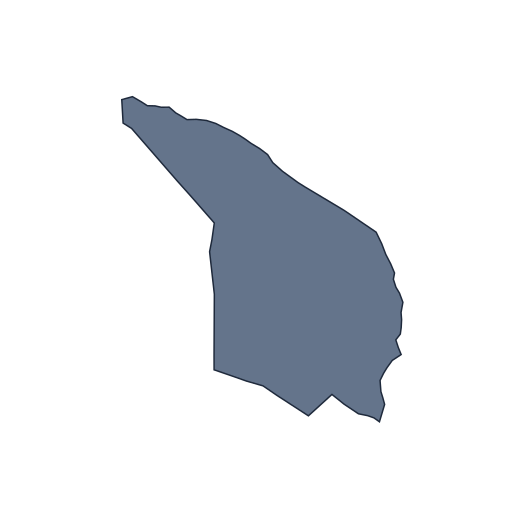 the district of Governador Mangabeira, Bahia, Brazil, rotated 49°
{"feature_id": "56859067B50900634198683", "entity_name": "Governador Mangabeira", "entity_type": "district", "adm_level": 2, "iso_a3": "BRA", "parent_name": "Brazil", "parent_adm1": "Bahia", "projection": "orthographic", "projection_center": [-39.08, -12.588], "detail": "fine", "context": "isolated", "style": "filled", "palette": "slate", "viewbox_px": 512, "rotation_deg": 49, "n_neighbors": 0, "source": "geoboundaries", "source_scale": "gbopen_adm2", "svg_char_len": 1022}
<svg xmlns="http://www.w3.org/2000/svg" viewBox="0 0 512 512"><g transform="rotate(49 256 256)"><path d="M49.9,254.7L68.5,269.1L78.1,266.2L96.1,266.2L116.4,266.2L147.9,266.2L168.6,265.9L203.7,265.8L214.8,278.6L222.3,288.2L257.5,312.5L303.4,352.8L314.4,362.3L329.6,353.5L344.4,345.1L358.6,335.9L375.1,331.6L411.0,321.3L410.3,289.5L425.8,286.7L442.3,282.2L449.7,276.5L455.5,273.2L462.1,271.6L452.4,256.3L446.2,253.3L440.3,250.7L431.3,244.0L428.2,236.6L426.2,230.3L424.2,221.7L425.6,211.1L418.3,208.6L411.0,205.5L409.6,198.3L405.3,193.4L399.6,187.9L393.8,183.6L387.3,175.5L378.2,172.1L371.4,170.9L363.7,167.6L359.7,162.6L350.3,159.5L339.9,157.0L329.3,153.1L316.8,149.7L279.6,159.5L235.5,173.9L228.2,176.1L209.6,180.4L196.5,182.1L187.1,180.7L177.6,182.7L167.5,185.9L161.0,187.4L154.7,189.2L146.4,192.1L137.5,196.2L129.6,199.4L121.3,204.4L113.7,211.4L107.8,218.6L101.4,220.6L95.3,222.7L86.7,223.9L81.6,229.9L76.5,233.7L71.3,239.4L64.4,241.4L54.7,244.7L49.9,254.7Z" fill="#64748b" stroke="#1e293b" stroke-width="1.5"/></g></svg>